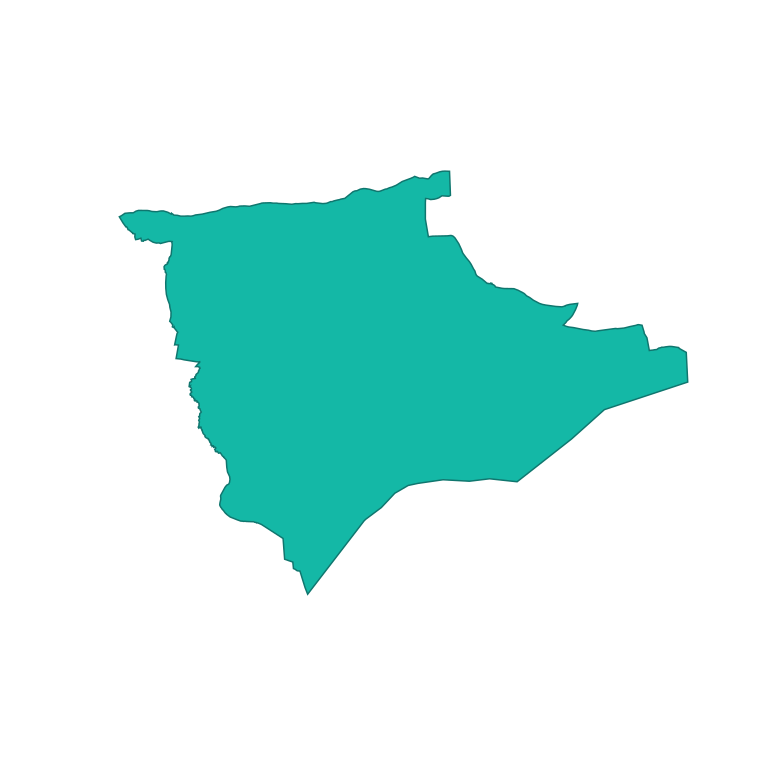 outline of Corbasca, Bacau, Romania, rotated 283°
{"feature_id": "2599482B394059638430", "entity_name": "Corbasca", "entity_type": "district", "adm_level": 2, "iso_a3": "ROU", "parent_name": "Romania", "parent_adm1": "Bacau", "projection": "equal_earth", "projection_center": [27.141, 46.291], "detail": "fine", "context": "isolated", "style": "filled", "palette": "teal", "viewbox_px": 768, "rotation_deg": 283, "n_neighbors": 0, "source": "geoboundaries", "source_scale": "gbopen_adm2", "svg_char_len": 6162}
<svg xmlns="http://www.w3.org/2000/svg" viewBox="0 0 768 768"><g transform="rotate(283 384 384)"><path d="M294.8,439.4L304.0,463.1L308.5,489.1L315.4,508.2L318.7,535.7L372.6,579.1L408.6,604.5L454.2,679.5L482.8,671.4L484.8,664.6L485.2,663.6L485.8,662.9L485.3,655.9L484.8,653.5L483.6,650.2L482.6,647.8L482.3,646.3L481.7,645.5L480.7,643.5L479.0,642.1L478.1,639.5L477.7,638.8L476.6,635.6L476.3,635.0L488.2,629.8L491.8,626.2L493.0,625.8L499.3,622.2L499.1,618.7L498.8,617.8L497.8,616.2L495.3,610.8L492.5,605.3L490.3,598.7L490.3,597.7L490.1,596.8L484.1,580.9L482.9,578.0L482.4,574.5L482.4,571.1L481.9,565.7L481.6,556.0L481.1,551.2L481.2,548.3L481.7,545.4L484.8,547.4L486.5,548.0L489.1,550.0L491.9,551.6L493.9,552.4L499.6,553.9L504.1,554.6L506.1,554.6L503.4,547.2L501.9,544.2L500.9,542.8L500.7,542.9L499.2,540.0L498.2,533.9L497.3,523.9L497.2,520.5L497.5,517.3L499.2,510.8L501.0,506.6L502.0,503.0L503.3,501.0L503.9,499.7L505.5,493.6L506.1,489.1L504.1,479.8L503.8,477.5L503.6,470.7L504.6,470.0L505.3,468.5L505.6,466.3L506.3,466.5L506.4,465.3L505.7,464.8L505.4,463.6L505.5,462.4L505.2,461.9L508.2,456.2L510.1,450.6L511.0,449.4L512.0,448.6L514.6,447.1L516.1,445.5L520.2,442.0L522.5,439.6L525.3,435.9L528.8,431.8L529.8,430.9L532.2,429.4L537.5,425.3L542.3,420.3L543.5,418.3L543.8,416.8L543.8,415.8L542.6,412.4L539.0,398.2L537.5,394.1L554.0,387.2L570.1,383.5L574.1,382.8L574.4,385.4L574.2,387.7L574.4,388.5L575.4,391.5L576.6,393.8L577.8,395.6L580.4,398.1L581.4,404.2L581.7,405.2L582.8,406.3L606.0,400.0L605.1,395.4L604.4,393.0L603.3,390.6L600.9,386.9L599.9,385.0L599.4,384.4L597.8,383.3L594.3,381.5L593.7,380.6L593.4,375.3L592.5,372.3L593.2,367.2L592.0,366.0L590.4,363.8L585.4,356.2L580.4,351.2L577.8,347.6L576.4,345.1L574.6,342.7L574.2,341.5L571.0,336.8L570.4,335.3L570.1,333.6L570.5,326.1L570.2,321.9L569.8,320.0L568.5,317.0L566.2,314.1L565.6,312.3L564.3,310.5L556.1,304.1L554.4,300.3L553.6,299.1L552.9,297.5L551.2,294.1L550.1,292.5L549.7,291.0L547.6,288.1L547.0,286.9L546.0,283.8L545.2,276.8L545.3,275.0L542.6,268.1L541.7,264.2L540.3,259.6L539.9,257.4L538.4,253.8L537.5,247.4L536.2,240.6L536.1,238.8L535.3,235.3L535.0,232.4L533.2,225.5L532.7,224.1L532.0,223.0L526.9,213.0L526.2,208.3L524.9,203.4L524.0,201.8L523.2,199.6L522.4,194.5L521.3,191.8L518.8,187.4L516.4,184.5L514.6,181.7L512.2,175.9L508.6,168.6L506.3,162.3L504.9,160.0L504.1,158.1L503.6,155.1L502.8,152.3L501.9,148.5L501.8,147.6L501.9,144.9L501.3,141.3L502.1,139.8L502.3,139.0L502.6,138.5L501.7,138.4L502.7,134.8L503.0,130.2L502.3,127.3L500.9,124.2L500.6,123.0L499.9,119.0L500.0,116.2L499.8,114.3L497.9,105.7L496.6,103.4L494.4,101.2L493.5,97.5L492.0,93.1L489.0,90.4L487.4,88.5L482.2,93.5L479.0,97.2L479.3,97.8L478.4,98.8L476.8,99.9L476.8,100.8L476.4,101.3L476.0,102.4L474.9,104.3L474.9,105.0L474.1,105.3L474.1,107.7L471.3,108.1L468.8,109.5L469.7,111.7L471.4,114.3L468.8,115.6L469.0,117.4L470.0,117.7L470.2,118.9L472.1,121.6L471.3,123.5L470.2,127.1L470.1,130.4L470.9,133.2L470.6,134.5L474.4,141.8L474.8,143.1L475.1,145.4L474.6,145.2L473.8,145.7L471.9,146.3L462.2,147.5L460.2,147.2L459.6,146.6L458.1,146.3L456.6,146.6L454.1,146.3L454.0,145.9L453.2,145.6L452.9,146.1L451.8,145.6L451.2,144.6L450.3,143.8L448.8,143.3L446.4,144.1L446.5,144.5L445.1,145.5L443.8,145.7L443.6,146.4L441.5,147.5L440.4,147.4L433.7,148.5L428.1,149.9L422.4,151.8L417.8,154.2L413.4,157.1L410.4,158.2L406.2,160.3L401.4,161.3L396.9,161.1L396.1,162.5L394.0,164.9L392.1,164.9L391.7,166.2L392.5,166.7L391.6,167.1L389.9,168.8L389.7,169.5L389.0,170.0L388.1,171.4L386.5,171.0L383.5,171.0L375.0,171.2L375.4,172.2L375.7,175.0L362.0,175.7L362.6,180.4L362.6,183.8L363.4,195.3L363.7,198.1L364.3,199.4L364.1,199.5L363.5,199.5L361.2,197.9L358.6,196.6L359.1,198.8L358.8,200.6L358.4,200.6L358.0,201.2L357.0,200.7L355.4,200.7L355.0,200.3L354.1,200.5L353.0,200.2L351.0,198.7L349.9,198.9L348.3,198.0L347.8,198.1L347.5,198.6L347.0,198.9L345.9,196.3L345.1,195.0L344.6,195.5L343.1,195.9L342.5,195.2L342.4,194.7L341.7,194.3L337.6,194.7L337.5,195.1L338.4,195.8L337.4,195.8L336.9,197.0L336.2,197.4L335.5,197.5L335.0,197.3L334.9,196.8L334.3,196.9L334.0,197.6L332.9,198.1L332.9,198.4L332.4,198.4L331.3,197.5L330.5,197.3L329.5,197.9L329.7,198.9L328.9,199.5L328.3,199.5L328.2,201.2L326.9,202.1L326.7,202.9L325.7,202.8L325.6,203.2L325.1,203.3L325.1,204.1L325.6,203.9L325.7,204.1L325.4,204.6L325.5,205.0L325.3,205.3L325.2,206.1L324.7,206.4L324.5,206.0L324.3,206.0L324.4,206.7L323.5,208.2L322.0,208.4L321.3,208.8L320.1,208.6L319.9,208.3L319.5,208.5L319.1,208.4L318.8,208.6L318.7,208.9L318.9,209.1L318.8,209.5L318.3,209.8L318.3,210.4L317.0,211.0L315.6,212.2L314.9,212.0L314.0,211.3L313.3,211.2L311.8,211.5L310.8,211.1L310.8,211.6L310.4,211.6L310.3,211.1L308.6,212.2L307.0,211.6L305.5,212.7L303.2,212.7L302.8,212.9L302.6,213.1L300.1,212.7L299.3,213.5L300.7,214.5L300.7,215.6L299.6,215.6L298.6,216.8L298.1,216.9L298.1,217.3L297.8,217.4L297.6,217.3L295.0,219.0L293.5,221.3L292.4,221.4L291.5,223.0L291.2,225.1L290.7,225.5L290.3,225.4L290.0,226.2L289.3,226.8L289.0,226.8L288.5,227.3L288.0,227.5L287.4,228.6L286.3,229.1L285.9,229.0L286.0,229.3L285.3,229.7L285.1,230.2L284.6,230.5L285.4,230.9L285.4,231.3L285.0,231.2L285.0,231.5L284.8,231.7L284.8,232.1L284.1,232.3L284.5,232.9L284.5,233.4L284.2,233.7L284.2,234.2L283.4,234.5L282.8,234.3L282.3,233.7L281.5,234.3L281.0,235.1L280.3,235.0L280.2,235.8L280.4,236.5L280.8,236.9L279.4,238.3L279.7,239.2L280.2,239.6L280.2,240.0L277.5,242.8L277.1,243.8L276.5,244.3L276.6,244.7L276.2,244.9L274.9,246.9L274.2,247.5L267.6,249.5L263.1,251.3L259.1,254.4L256.4,255.4L253.3,255.6L251.9,255.4L251.0,254.7L250.3,253.7L248.7,252.8L247.5,252.3L239.2,250.0L238.1,249.9L236.0,250.7L234.8,250.9L231.5,250.9L229.4,251.1L228.6,251.5L227.2,252.7L226.7,253.4L225.9,254.1L224.3,256.4L223.3,257.5L222.3,258.8L222.1,259.6L221.7,259.8L219.8,264.0L218.6,271.9L218.2,275.5L218.5,276.6L218.5,277.8L219.0,279.6L219.1,280.9L220.2,286.7L220.5,287.7L220.2,289.1L220.3,290.6L220.0,291.0L220.3,291.3L220.2,291.7L220.2,292.6L219.6,296.1L210.8,320.4L190.9,326.6L190.0,335.2L183.8,337.3L183.6,338.7L182.5,341.4L182.8,344.2L168.0,352.8L162.0,356.9L246.2,395.4L248.2,396.7L263.0,409.2L280.0,419.1L290.6,430.4L294.8,439.4Z" fill="#14b8a6" stroke="#0f766e" stroke-width="1.5"/></g></svg>